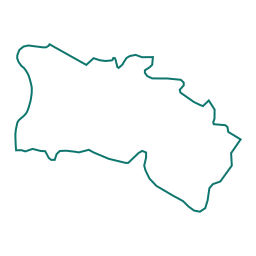 Villa Constitución, Salto, Uruguay (Albers equal-area conic projection)
{"feature_id": "84410073B3070112347268", "entity_name": "Villa Constitución", "entity_type": "district", "adm_level": 2, "iso_a3": "URY", "parent_name": "Uruguay", "parent_adm1": "Salto", "projection": "albers", "projection_center": [-57.701, -31.128], "detail": "fine", "context": "isolated", "style": "outline", "palette": "teal", "viewbox_px": 256, "rotation_deg": 0, "n_neighbors": 0, "source": "geoboundaries", "source_scale": "gbopen_adm2", "svg_char_len": 1795}
<svg xmlns="http://www.w3.org/2000/svg" viewBox="0 0 256 256"><path d="M49.5,44.3L48.5,45.9L47.1,46.7L46.1,47.3L42.7,47.3L40.2,47.0L37.5,46.6L37.2,46.6L33.9,46.2L31.6,45.9L29.5,45.6L28.5,45.5L26.7,45.8L25.2,46.2L23.6,46.5L22.1,47.7L20.5,49.0L19.3,50.0L17.9,53.7L17.3,55.2L17.2,58.4L17.9,60.1L18.6,62.0L21.3,65.8L22.3,66.6L23.9,67.9L24.7,69.0L26.1,70.8L27.0,72.5L27.3,72.9L28.1,74.3L28.3,74.8L28.7,75.9L29.0,76.6L29.5,78.1L30.2,80.7L31.2,84.7L31.5,86.2L31.7,87.3L31.8,89.4L31.7,92.0L31.7,93.0L31.6,93.9L31.3,96.1L30.9,98.8L30.8,99.5L30.1,102.5L29.4,105.0L28.5,108.0L28.0,109.5L27.4,110.9L26.9,112.1L25.5,114.1L23.8,115.9L22.4,117.1L20.5,118.7L18.8,120.3L17.5,122.3L17.2,123.3L17.0,124.2L16.5,126.7L15.9,129.3L15.7,131.2L15.4,133.6L15.4,135.2L15.4,137.3L15.5,139.4L15.6,141.7L15.6,143.9L15.8,146.2L15.9,148.1L16.1,150.3L21.5,150.2L25.4,151.4L32.5,148.9L40.8,151.0L45.2,151.2L48.8,158.0L51.3,159.9L54.7,159.9L56.6,154.1L59.8,151.0L66.1,150.7L74.8,151.7L78.8,152.4L88.8,149.8L93.7,152.5L108.7,158.8L125.6,162.9L128.2,162.9L138.7,152.9L142.2,150.9L146.1,152.5L146.1,157.5L144.2,165.6L145.5,170.4L149.5,178.6L156.4,185.9L172.7,195.5L183.0,201.1L188.4,206.4L194.1,210.6L199.9,211.7L205.2,208.2L207.6,200.4L209.4,188.2L212.9,184.1L220.3,181.5L231.8,165.6L231.1,153.2L240.6,139.4L228.2,131.9L227.5,127.1L225.3,125.2L213.8,124.2L213.2,122.4L214.5,118.7L214.6,109.6L208.8,100.5L202.9,106.1L200.3,105.1L193.9,102.0L180.5,92.6L179.7,89.9L183.7,85.4L183.7,82.5L180.8,79.8L167.6,78.5L152.2,78.4L147.4,76.2L144.9,72.9L144.9,70.3L149.6,67.3L152.2,64.8L152.9,57.1L141.9,57.2L135.7,54.9L129.9,56.0L126.5,58.0L123.9,62.0L122.4,64.6L118.7,67.9L117.4,67.1L115.5,59.5L114.8,58.1L113.3,58.0L112.8,59.5L111.9,60.4L105.4,61.0L99.6,60.2L93.6,58.2L86.3,64.9L49.5,44.3Z" fill="none" stroke="#0f766e" stroke-width="2"/></svg>